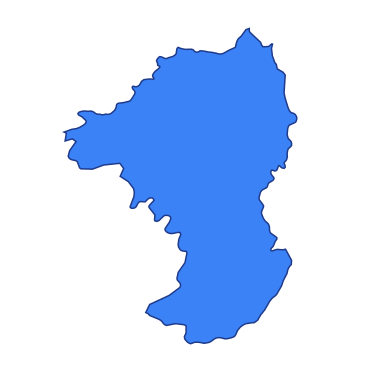 map outline of Guadalajara (Albers equal-area conic projection), rotated 80°
{"feature_id": "ESP-5822", "entity_name": "Guadalajara", "entity_type": "Autonomous Community", "adm_level": 1, "iso_a3": "ESP", "parent_name": "Spain", "parent_adm1": "", "projection": "albers", "projection_center": [-2.665, 40.739], "detail": "fine", "context": "isolated", "style": "filled", "palette": "blue", "viewbox_px": 384, "rotation_deg": 80, "n_neighbors": 0, "source": "natural_earth", "source_scale": "10m", "svg_char_len": 4859}
<svg xmlns="http://www.w3.org/2000/svg" viewBox="0 0 384 384"><g transform="rotate(80 192 192)"><path d="M276.0,221.8L274.4,221.8L268.7,219.5L260.4,211.2L251.3,207.6L249.6,207.8L248.5,211.3L247.7,212.8L246.5,213.8L243.9,214.8L241.3,214.8L236.1,213.1L231.9,210.4L229.9,210.8L229.3,212.9L229.5,218.3L229.1,220.6L228.1,222.6L226.7,224.2L225.0,225.1L223.4,224.9L217.9,219.6L214.6,217.5L212.9,217.5L211.7,218.4L210.9,219.9L210.4,221.8L210.5,223.6L214.4,229.5L214.8,231.7L214.2,233.3L213.3,233.8L208.1,232.5L199.7,237.0L198.7,236.9L197.8,236.3L193.6,230.8L191.6,231.5L191.0,232.2L190.5,234.3L191.1,236.3L193.5,239.8L193.4,240.7L192.5,244.2L192.6,245.6L193.7,247.2L196.6,249.3L197.6,250.9L197.8,252.0L197.7,253.3L197.4,254.5L196.8,255.3L195.9,255.6L186.5,250.0L182.4,248.9L178.6,248.9L170.7,252.9L164.1,260.0L157.0,255.2L151.2,258.1L150.1,274.3L152.2,286.0L149.9,297.3L148.7,298.5L142.3,299.7L141.1,300.7L139.4,304.7L138.3,306.3L136.9,307.3L135.2,307.7L130.0,305.3L122.2,297.4L118.9,300.6L119.7,308.1L112.2,305.5L110.8,307.6L109.4,299.6L109.5,295.5L109.3,293.6L108.8,291.3L107.5,287.8L106.2,285.2L104.5,284.0L103.0,284.2L99.1,287.1L98.0,288.3L97.1,289.6L96.0,290.6L94.8,290.7L93.7,289.2L93.4,286.4L93.5,284.3L93.9,282.4L94.4,280.7L94.6,278.9L95.0,276.7L95.9,275.3L98.1,273.1L98.8,272.0L99.1,270.9L99.2,269.9L99.9,268.1L100.3,267.2L100.5,266.3L100.5,265.3L100.3,263.4L100.5,262.8L100.8,261.9L101.1,260.3L100.6,258.1L98.3,254.2L96.5,252.7L94.8,251.7L93.4,251.4L92.4,250.6L91.8,249.2L92.1,243.6L91.8,239.6L91.8,238.8L91.7,237.9L91.2,236.7L88.1,233.6L86.9,232.7L85.9,231.6L84.6,231.0L83.3,230.8L82.3,231.1L81.3,231.7L80.3,232.4L79.5,232.6L78.4,232.7L77.9,232.2L77.6,231.5L77.9,230.6L78.3,230.1L78.5,229.5L78.7,228.6L78.4,227.0L77.9,225.6L75.8,223.6L74.5,222.8L73.7,221.4L73.0,219.8L73.3,214.4L74.2,210.1L73.3,209.7L72.5,210.2L71.4,210.7L70.2,210.5L68.6,209.4L66.9,207.5L64.8,203.7L63.6,202.0L62.5,202.0L62.0,203.0L61.2,203.8L59.1,203.6L56.8,204.2L55.6,203.6L54.6,202.6L53.6,201.4L53.1,200.2L53.7,198.5L55.5,195.9L56.0,194.7L56.1,193.1L55.6,191.7L55.4,189.0L55.1,187.0L54.1,184.9L53.1,183.6L48.7,182.2L47.7,181.5L47.3,180.8L47.3,180.0L47.9,179.4L48.4,178.6L49.3,176.7L50.1,174.7L50.4,173.5L51.3,167.8L51.7,166.8L52.3,166.1L53.0,165.5L53.7,165.2L54.5,164.4L55.1,163.3L55.1,161.3L54.4,159.6L54.6,158.1L55.1,156.7L55.6,154.8L56.3,153.3L56.9,151.8L58.2,147.3L58.9,145.8L59.4,144.3L60.6,141.8L61.1,139.9L61.0,137.2L58.8,131.0L57.1,124.2L55.7,123.6L54.6,123.2L51.1,121.4L50.0,120.6L48.7,119.2L47.1,116.5L41.5,110.7L40.9,107.2L43.6,107.6L44.8,107.2L56.5,98.5L59.9,97.7L61.1,97.1L61.5,95.5L61.9,92.4L61.9,91.0L61.2,89.7L60.4,88.6L60.0,87.6L60.4,87.0L64.4,88.8L71.9,89.2L79.2,87.9L80.9,86.8L85.5,86.7L89.9,81.5L93.1,79.9L110.2,84.1L115.5,84.0L125.4,82.8L128.8,82.0L131.2,80.5L131.6,79.3L132.4,78.1L133.3,77.1L134.6,76.4L136.3,75.9L138.2,76.1L140.8,77.4L141.6,78.8L142.0,80.3L142.3,81.8L143.1,84.6L144.3,85.8L146.1,86.7L151.8,88.3L155.5,88.1L157.2,87.2L158.5,86.2L159.9,85.6L161.5,85.5L163.4,85.8L164.6,87.1L165.4,88.5L166.3,89.8L167.9,90.7L170.6,91.6L174.2,92.1L176.7,93.3L177.9,94.6L178.7,95.8L179.9,96.3L181.2,95.9L182.6,95.8L183.8,95.9L184.7,97.2L184.3,98.3L183.6,99.6L181.4,101.2L181.1,101.9L182.3,102.9L184.9,104.4L185.7,105.8L185.6,107.1L184.3,109.3L184.7,110.3L185.9,110.9L187.5,111.1L190.0,110.1L191.5,109.2L192.8,108.8L194.2,109.7L194.9,111.0L195.5,112.4L195.9,113.7L196.4,114.7L196.8,115.2L197.6,115.8L199.4,116.7L200.4,117.4L201.0,118.6L201.8,121.4L202.5,122.9L203.6,124.2L205.2,125.2L209.3,127.0L211.3,127.1L216.2,124.6L218.0,123.9L219.8,124.5L220.9,125.4L223.6,127.0L225.6,127.3L229.4,126.5L231.6,125.8L233.6,124.8L235.3,123.3L237.1,122.2L239.8,121.8L243.2,122.3L244.6,122.2L246.0,121.8L250.8,117.1L252.0,116.3L253.2,116.7L254.1,117.6L255.2,118.7L258.9,121.0L260.0,121.9L260.7,123.1L261.7,124.1L262.9,124.5L263.7,124.0L264.0,122.8L263.6,121.6L263.3,117.9L264.7,112.8L264.6,109.8L276.7,105.8L280.8,106.9L281.7,108.3L283.2,109.7L285.1,111.1L288.9,112.7L295.0,117.4L300.1,120.2L307.6,126.5L308.5,127.7L309.2,129.0L309.8,130.3L310.6,131.6L312.8,134.2L321.0,141.1L321.9,142.3L323.5,143.9L324.4,145.2L329.7,149.7L331.5,153.5L331.2,155.2L331.0,161.7L331.8,164.6L333.0,167.2L334.2,168.8L336.3,171.2L340.2,173.8L341.6,175.3L342.1,176.9L342.4,178.7L342.6,183.4L342.2,185.3L340.8,188.3L340.2,190.0L340.0,191.7L340.0,193.7L340.6,195.5L341.5,197.2L342.7,199.8L343.1,201.9L343.1,206.1L342.6,207.6L341.5,210.3L340.7,213.5L340.5,215.8L341.2,219.6L340.5,220.8L339.6,222.0L338.4,223.0L335.9,224.5L334.5,224.7L333.2,224.6L332.0,223.9L330.8,222.9L328.3,221.9L326.9,221.9L323.1,221.0L322.1,221.8L321.3,223.0L319.0,230.4L318.8,233.0L319.0,240.1L318.1,241.7L316.9,242.8L314.1,244.2L312.7,245.4L311.4,247.0L306.6,254.6L305.5,255.7L304.6,255.9L302.7,258.5L295.4,253.2L289.9,232.5L284.0,220.7L282.3,219.5L280.1,219.4L276.0,221.8Z" fill="#3b82f6" stroke="#1e3a8a" stroke-width="1.5"/></g></svg>